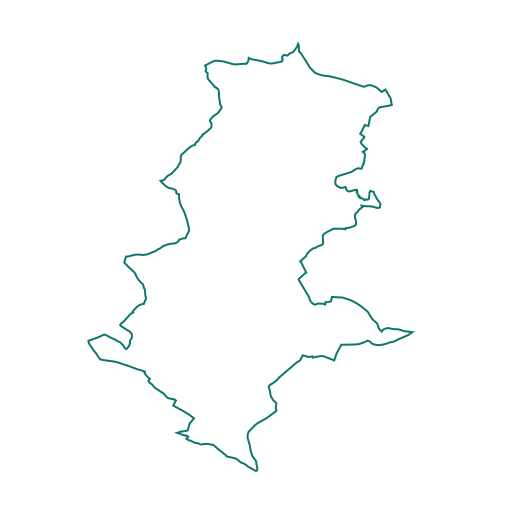 the district of Budesti, Bistrita-Nasaud, Romania, rotated 4°
{"feature_id": "2599482B13391469059037", "entity_name": "Budesti", "entity_type": "district", "adm_level": 2, "iso_a3": "ROU", "parent_name": "Romania", "parent_adm1": "Bistrita-Nasaud", "projection": "equal_earth", "projection_center": [24.229, 46.834], "detail": "fine", "context": "isolated", "style": "outline", "palette": "teal", "viewbox_px": 512, "rotation_deg": 4, "n_neighbors": 0, "source": "geoboundaries", "source_scale": "gbopen_adm2", "svg_char_len": 6088}
<svg xmlns="http://www.w3.org/2000/svg" viewBox="0 0 512 512"><g transform="rotate(4 256 256)"><path d="M270.9,470.5L272.1,469.5L272.2,468.0L271.2,464.6L270.4,460.7L266.2,455.6L264.1,450.1L263.0,445.1L262.8,444.8L261.0,439.7L260.3,438.5L260.2,434.6L260.9,431.9L266.9,424.7L270.2,422.0L277.8,417.1L287.3,408.9L286.5,406.9L286.3,405.2L286.6,401.8L286.4,401.2L283.0,398.4L280.6,394.9L279.9,392.5L279.4,389.9L278.0,386.2L277.8,385.5L278.2,384.5L278.8,383.6L281.6,381.8L284.3,379.5L286.2,377.5L287.8,375.3L304.5,358.9L306.5,357.7L307.7,356.3L308.3,354.5L309.7,351.8L312.4,352.3L315.1,353.2L319.2,352.2L319.6,353.4L324.5,352.0L328.5,351.2L330.6,351.3L341.3,354.7L343.2,347.7L347.2,338.6L360.7,337.4L364.6,336.8L370.0,334.5L373.4,332.6L375.5,333.4L377.6,335.1L379.9,336.0L382.8,336.4L385.5,336.3L388.7,335.5L392.5,334.3L394.8,333.1L397.9,332.3L401.1,330.9L403.2,329.5L413.5,324.2L417.3,321.0L408.9,320.6L403.2,319.2L398.6,319.3L392.8,318.7L390.2,319.4L387.8,320.7L386.7,322.6L385.1,321.4L383.4,319.4L381.7,315.0L376.4,310.8L371.4,303.9L368.5,301.7L362.6,297.8L359.5,296.1L353.4,293.4L345.2,291.4L334.6,291.6L334.0,295.9L331.0,297.0L328.4,297.3L328.3,299.6L327.7,299.5L327.3,299.1L326.0,299.0L321.9,299.1L320.5,299.4L318.9,300.2L317.2,300.3L314.7,298.5L312.4,295.7L312.2,293.9L300.1,276.5L300.4,275.8L306.2,269.8L307.3,269.1L301.8,259.8L301.7,258.9L300.5,258.2L306.1,252.5L306.3,250.9L309.4,247.0L310.7,245.9L312.3,244.5L313.7,244.1L315.8,243.1L316.8,242.1L320.5,240.6L322.0,239.3L322.1,238.1L321.7,235.8L321.2,232.0L321.4,230.7L322.3,229.3L324.4,227.6L331.3,223.4L339.6,222.8L343.4,223.1L343.4,222.0L347.2,221.2L349.4,220.4L352.7,218.7L353.3,218.0L353.6,215.7L353.2,213.9L352.2,211.1L351.9,209.6L352.1,207.3L352.6,206.5L354.4,204.8L354.7,203.9L356.0,202.2L358.9,199.7L357.9,198.5L364.2,198.7L366.5,198.3L367.9,198.7L370.5,198.8L372.2,199.4L374.3,199.6L376.1,199.0L376.6,195.4L372.8,190.8L369.5,185.5L369.0,183.9L365.5,183.1L364.8,184.7L364.8,187.9L364.5,191.2L363.5,192.0L361.3,191.9L360.8,192.7L360.0,192.7L358.9,191.4L356.3,191.0L356.3,190.4L355.0,190.0L354.7,190.2L354.2,189.6L354.0,188.9L354.5,188.6L354.1,188.3L353.7,188.2L352.5,186.0L352.0,185.7L351.9,184.5L352.4,184.4L352.1,182.9L349.0,183.5L346.4,184.7L345.6,184.7L344.8,185.1L343.3,185.1L341.3,183.3L341.0,181.7L340.2,180.9L337.8,182.0L336.8,181.8L335.1,182.2L334.0,181.3L332.7,181.0L331.2,179.9L330.2,178.6L329.9,175.4L330.7,171.7L332.7,170.4L345.2,165.6L349.2,162.6L351.5,161.4L355.1,161.6L356.3,158.0L356.7,156.0L357.2,156.0L357.7,147.5L357.7,146.9L356.7,145.8L355.3,144.7L359.0,142.0L359.3,141.2L357.8,140.6L353.4,136.7L352.4,134.8L355.6,130.4L355.8,129.6L351.4,126.8L352.5,124.7L355.5,117.7L359.0,118.4L359.4,116.7L360.1,109.4L366.6,103.3L366.5,102.5L368.3,99.3L380.9,96.0L379.3,89.3L373.5,80.9L369.9,83.6L365.5,80.2L363.6,79.1L360.3,78.0L357.9,77.6L356.3,77.7L352.6,79.4L351.2,79.6L329.9,73.9L317.8,71.7L310.4,71.3L305.7,70.4L303.8,69.6L302.4,69.4L296.5,64.2L293.9,60.4L286.7,50.7L284.6,48.8L284.0,43.0L283.1,41.5L282.7,43.3L281.9,45.2L279.3,49.3L277.9,50.5L275.3,51.8L273.3,53.8L270.5,53.5L269.3,53.8L268.0,55.9L268.1,56.7L269.0,58.0L268.8,59.2L268.4,59.9L267.6,60.4L259.7,62.6L257.1,63.0L254.3,62.7L248.5,61.3L237.3,59.9L234.9,58.9L234.9,60.9L234.4,62.7L233.3,64.7L232.5,65.1L231.1,65.0L221.6,66.4L218.6,66.0L210.0,64.2L202.5,63.9L200.4,64.5L191.8,69.6L192.6,70.5L193.2,72.3L193.3,72.9L192.8,74.5L192.8,75.1L193.5,75.9L194.9,76.9L195.2,77.7L195.0,79.6L195.2,81.0L195.8,82.8L202.3,89.3L203.9,90.4L203.7,90.6L206.1,91.8L207.1,93.2L207.5,94.8L208.3,101.7L208.9,103.2L209.6,107.1L211.5,110.3L208.7,115.2L206.8,117.2L205.6,117.9L203.1,120.2L202.1,121.3L201.0,123.0L200.5,124.4L201.9,126.3L202.4,127.5L202.6,128.6L202.4,130.7L201.9,131.5L197.8,135.8L197.0,136.3L195.5,137.7L194.1,138.5L193.9,138.8L194.0,139.7L191.8,142.2L190.3,145.1L188.0,147.3L187.7,147.9L187.4,149.4L185.0,150.3L183.2,151.5L179.4,155.0L177.8,157.0L176.1,158.6L174.2,160.7L174.0,162.5L174.3,165.5L174.0,168.2L172.4,170.6L172.1,172.1L169.4,175.6L165.5,180.2L162.7,181.9L161.7,182.9L158.6,186.8L155.6,187.7L157.7,189.8L160.9,192.5L163.2,193.7L164.9,194.3L168.3,194.7L171.0,195.7L171.8,196.6L172.0,198.6L172.9,199.4L174.6,199.5L174.9,200.3L175.3,204.0L176.2,207.6L177.7,211.2L180.2,215.1L181.3,217.1L183.1,221.2L184.7,225.2L186.8,231.8L187.5,234.4L187.5,235.4L185.9,239.1L184.6,242.8L184.2,243.2L182.0,243.5L180.0,244.5L178.5,244.7L177.9,246.1L176.8,247.6L175.3,248.5L174.0,249.1L169.3,249.9L164.9,251.5L162.4,252.8L159.8,255.1L157.7,256.2L154.8,258.5L153.3,259.0L147.7,261.9L143.0,262.9L140.0,262.7L137.0,262.9L134.6,263.3L128.3,265.5L126.4,265.6L125.0,271.7L128.7,275.1L135.6,280.6L137.2,282.5L137.4,283.4L139.8,287.2L143.2,290.6L145.2,292.1L146.4,295.6L147.5,297.4L148.0,299.7L148.2,302.6L149.1,305.1L149.1,306.6L147.9,309.8L147.7,311.4L145.3,312.1L143.2,313.1L141.0,314.8L136.9,319.8L137.4,321.0L135.1,322.3L129.0,330.1L125.8,333.2L125.3,334.1L125.7,334.9L126.9,335.7L133.2,339.2L135.0,339.9L137.6,342.7L137.8,344.0L137.7,346.9L136.9,348.0L136.3,349.3L136.2,350.5L136.4,351.9L135.6,354.7L133.2,357.9L131.7,357.2L129.8,354.4L126.2,351.4L123.3,350.4L122.4,349.7L116.2,347.3L112.2,345.5L110.6,345.0L109.6,345.2L103.4,348.5L94.7,352.3L95.4,354.6L96.5,356.4L98.7,358.9L100.1,361.0L103.3,364.3L107.2,369.5L107.8,370.0L111.2,370.5L121.8,371.2L124.6,371.6L136.5,374.6L145.3,377.2L151.4,378.5L153.3,379.2L152.8,380.2L154.2,382.1L156.5,384.4L158.8,385.9L157.5,388.0L158.5,389.8L161.2,391.3L163.7,394.0L165.8,395.4L173.4,399.6L176.7,402.9L177.7,403.6L179.8,404.2L183.4,404.6L184.6,405.1L184.8,404.8L186.2,405.8L183.9,411.0L194.1,415.7L200.5,419.0L205.5,422.3L203.5,424.9L203.3,425.6L201.7,427.3L200.7,431.4L200.2,434.6L198.4,435.4L197.1,435.5L196.0,436.0L194.2,436.1L189.7,437.9L197.5,440.1L197.8,439.8L200.7,440.6L200.9,440.8L200.7,441.7L199.3,443.0L199.6,443.3L201.5,444.4L203.9,444.9L207.9,446.6L211.9,447.0L213.0,447.6L214.9,447.9L216.3,447.3L220.8,446.8L226.7,447.5L232.4,451.8L237.0,454.8L237.8,455.7L239.3,456.3L240.7,458.0L247.7,459.0L250.7,459.8L255.1,462.9L258.4,464.0L260.8,465.2L262.4,466.5L270.9,470.5Z" fill="none" stroke="#0f766e" stroke-width="2"/></g></svg>